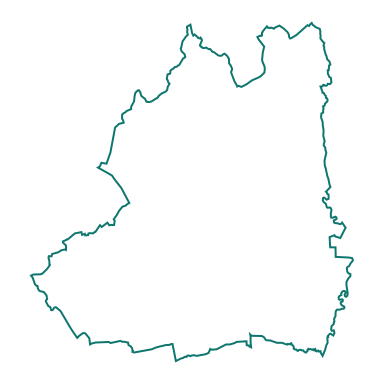 Kao Liao, Nakhon Sawan, Thailand (Equal Earth projection)
{"feature_id": "78962969B93579167004560", "entity_name": "Kao Liao", "entity_type": "district", "adm_level": 2, "iso_a3": "THA", "parent_name": "Thailand", "parent_adm1": "Nakhon Sawan", "projection": "equal_earth", "projection_center": [100.115, 15.884], "detail": "fine", "context": "isolated", "style": "outline", "palette": "teal", "viewbox_px": 384, "rotation_deg": 0, "n_neighbors": 0, "source": "geoboundaries", "source_scale": "gbopen_adm2", "svg_char_len": 5892}
<svg xmlns="http://www.w3.org/2000/svg" viewBox="0 0 384 384"><path d="M31.1,275.6L32.7,277.7L34.9,284.1L36.3,285.7L37.6,286.0L37.7,287.8L38.8,290.2L39.9,291.1L43.8,292.0L46.5,295.4L47.1,299.2L45.9,300.6L45.9,301.6L48.4,306.2L50.3,307.0L51.1,310.0L51.8,310.3L52.8,309.9L54.3,307.6L55.5,307.2L56.2,307.4L60.5,311.0L71.2,329.1L77.2,337.9L78.1,337.2L78.3,336.5L82.7,333.3L83.9,333.0L85.3,333.4L89.3,338.2L90.1,344.4L92.1,343.4L95.8,342.5L108.8,342.0L110.6,343.0L120.4,340.9L122.3,341.8L123.9,341.7L128.1,342.6L128.5,345.1L130.5,346.2L132.1,348.2L132.4,350.1L132.9,350.5L132.4,351.8L134.0,352.5L151.7,349.3L155.4,347.7L160.1,346.4L166.2,345.0L169.6,344.9L170.5,344.2L172.5,344.0L175.9,361.0L181.0,358.5L183.0,358.0L184.7,356.8L186.5,356.9L187.2,355.7L188.5,355.5L190.5,356.2L191.3,355.6L193.8,355.2L196.6,355.9L205.7,354.2L208.6,352.9L210.2,349.0L211.6,349.7L216.6,349.3L226.0,344.5L230.2,344.4L234.7,343.0L236.7,341.9L246.5,341.3L246.7,345.2L249.2,345.6L249.3,346.5L251.1,347.3L250.6,342.5L250.6,336.9L250.2,334.5L251.6,335.8L261.9,336.0L264.3,337.5L265.5,339.6L266.4,340.2L270.3,340.5L276.9,342.8L281.9,342.8L287.0,344.6L287.7,343.9L288.9,344.3L291.1,343.3L291.3,344.4L291.8,344.2L293.6,346.5L293.9,347.7L293.7,348.7L295.0,349.5L296.5,349.6L297.4,350.8L298.2,350.8L298.7,350.1L300.6,349.7L302.1,350.5L303.2,350.4L304.2,351.7L305.9,352.6L307.6,350.9L307.5,349.9L308.4,348.8L309.4,349.4L310.3,349.0L312.4,349.8L313.0,349.3L313.9,350.2L314.5,349.3L315.2,349.0L315.7,351.0L316.7,351.4L317.3,350.7L318.3,350.6L319.0,351.6L320.5,351.2L320.8,352.8L322.6,355.9L325.1,349.8L326.3,345.3L327.6,342.8L327.4,338.0L327.5,337.0L328.2,336.9L327.9,335.9L329.8,333.9L330.6,333.7L333.3,335.5L334.3,333.4L334.4,332.6L333.8,330.4L331.9,330.8L331.1,329.4L331.6,326.1L333.6,324.2L333.9,323.3L333.7,322.4L334.4,321.7L334.1,318.8L335.6,315.8L335.5,313.6L335.9,310.9L337.1,309.6L339.8,309.7L342.0,308.8L343.7,308.7L344.4,307.8L344.2,306.6L341.8,305.3L340.7,303.7L340.9,302.1L342.7,301.4L342.8,299.8L342.2,299.3L339.6,299.8L338.8,299.1L338.6,297.2L339.2,296.2L341.3,295.1L341.1,293.7L342.4,291.5L343.9,290.9L345.1,291.3L345.5,292.0L345.5,293.2L344.6,294.6L345.1,296.3L346.1,296.8L347.3,295.8L347.7,293.1L346.4,284.9L346.5,281.8L348.5,278.2L350.1,276.6L350.5,275.3L350.3,274.0L348.3,273.2L347.3,271.7L346.8,268.2L347.4,267.0L349.1,266.1L350.7,263.1L352.6,261.0L352.9,260.0L352.0,258.0L348.3,257.5L335.7,256.9L335.5,247.3L330.2,247.3L329.6,237.1L334.5,235.2L335.0,236.4L340.3,238.0L345.6,227.7L342.1,222.6L341.4,223.6L340.1,224.2L337.6,223.3L335.1,223.1L334.0,222.4L333.8,220.4L336.4,219.1L336.6,218.2L336.4,217.4L335.3,216.7L332.6,217.8L331.2,217.6L330.9,216.4L330.8,213.4L331.5,210.2L331.0,208.3L329.6,207.4L328.0,207.8L326.9,207.4L325.8,203.7L323.5,201.9L322.8,200.4L323.0,198.2L323.7,197.6L324.5,197.8L326.6,199.7L328.6,198.8L328.6,195.0L328.3,194.3L327.3,193.9L326.6,192.0L326.0,191.7L330.4,187.0L329.6,184.9L328.3,178.5L327.4,176.3L325.7,168.4L324.8,165.5L324.5,160.7L326.3,152.7L325.4,149.9L325.3,147.7L323.7,145.4L323.9,143.6L324.7,141.3L323.3,136.0L323.6,130.5L322.7,124.4L322.7,122.2L321.2,117.8L321.1,116.4L321.4,113.5L323.2,112.5L323.1,110.0L323.6,108.4L323.0,106.4L324.6,105.6L324.9,103.8L327.3,101.4L327.6,100.1L327.1,98.4L325.9,97.9L325.9,96.0L324.6,94.7L324.0,93.2L322.4,92.6L322.4,91.6L320.5,86.5L322.5,86.3L323.2,84.9L324.1,85.0L324.9,85.7L326.7,85.5L327.3,85.1L327.8,83.8L330.0,84.1L331.4,82.6L330.9,77.9L329.4,77.0L327.9,73.8L327.8,70.3L328.7,70.2L329.1,65.4L330.3,64.7L330.2,63.9L329.4,61.5L327.2,59.2L326.4,55.9L325.5,54.0L324.2,49.1L324.2,46.8L323.5,45.6L324.3,42.8L323.0,41.9L320.4,38.5L320.6,35.6L320.2,33.3L320.4,31.6L319.8,28.9L315.3,27.0L314.3,25.8L312.9,25.1L311.7,23.0L310.8,23.6L309.1,26.0L307.5,25.2L296.6,34.9L291.6,38.0L290.1,38.5L289.1,36.9L288.9,34.8L288.3,33.4L287.4,32.0L283.5,28.4L279.4,25.6L274.8,27.7L273.9,28.7L271.3,27.6L270.0,28.1L268.8,27.7L268.1,27.9L266.9,26.4L262.6,31.5L262.5,32.4L262.0,32.9L262.0,35.5L261.2,36.0L260.2,35.6L257.4,37.0L258.9,39.8L264.2,46.6L262.8,52.5L262.1,59.6L262.3,61.2L264.6,66.8L264.8,69.4L264.3,72.7L261.4,75.6L259.2,77.2L252.1,80.3L246.6,84.2L241.5,86.9L238.8,85.9L237.2,86.5L236.7,85.0L234.6,81.7L231.2,72.7L231.3,71.2L232.1,69.7L232.0,68.6L230.7,65.4L229.1,63.4L229.0,59.0L227.0,55.7L224.6,53.7L223.4,54.1L221.7,55.7L219.4,55.8L217.7,55.0L214.2,52.3L212.4,51.8L210.3,49.1L208.8,49.2L206.2,47.6L204.5,48.0L202.4,47.9L201.5,46.6L200.7,46.6L199.9,45.3L201.8,40.8L201.9,39.9L201.2,38.5L200.6,37.7L200.0,38.5L197.9,37.8L197.9,37.3L194.6,34.5L193.3,35.6L192.1,33.1L190.4,24.7L187.0,26.7L187.0,27.8L187.5,29.8L187.1,31.8L187.8,34.8L186.0,36.5L182.5,41.5L181.3,47.4L180.7,48.6L181.7,51.4L184.7,54.3L184.8,55.5L185.3,57.0L184.0,58.1L183.2,58.3L179.3,64.9L177.8,65.7L176.6,66.8L174.7,67.1L173.9,68.2L171.3,69.8L170.5,70.6L170.2,73.4L169.6,74.0L168.1,74.1L167.5,74.6L166.8,78.9L167.6,80.2L168.6,83.0L169.5,83.7L167.7,86.9L167.2,89.9L165.7,91.6L161.8,93.4L159.1,95.5L157.2,98.2L156.6,98.2L151.4,101.5L149.0,102.1L146.4,101.7L145.1,98.9L141.6,96.2L140.6,93.9L140.5,92.6L139.0,90.3L138.2,90.2L135.8,92.3L135.2,93.2L134.5,96.7L134.1,101.3L131.1,106.9L131.1,109.1L126.4,111.1L125.6,112.2L124.0,112.9L122.2,114.4L122.0,118.5L123.1,120.4L123.7,122.7L119.0,123.9L115.1,127.5L110.4,152.6L106.5,163.7L101.4,162.8L99.8,166.5L98.0,167.6L112.0,175.5L114.6,179.4L121.4,188.1L129.3,203.0L127.4,204.0L125.4,205.8L122.5,206.6L119.2,210.7L116.6,215.3L113.7,219.3L114.7,220.6L114.1,225.0L111.2,224.9L109.3,225.3L107.4,222.7L101.7,227.0L100.0,225.2L95.5,231.8L95.2,231.7L93.2,233.3L89.3,233.2L88.4,233.5L88.1,235.1L85.2,235.4L84.8,233.8L82.1,234.9L81.4,232.1L74.9,233.4L67.6,239.5L67.0,239.3L65.6,240.3L62.9,241.4L63.1,242.7L65.8,245.3L66.1,247.0L65.9,250.0L64.7,249.5L61.2,250.3L58.5,252.2L52.1,254.0L51.5,256.3L48.8,256.2L48.5,257.7L49.4,261.3L49.4,264.4L49.9,265.0L47.0,269.1L42.0,273.9L40.2,274.3L33.4,274.5L31.1,275.6Z" fill="none" stroke="#0f766e" stroke-width="2"/></svg>